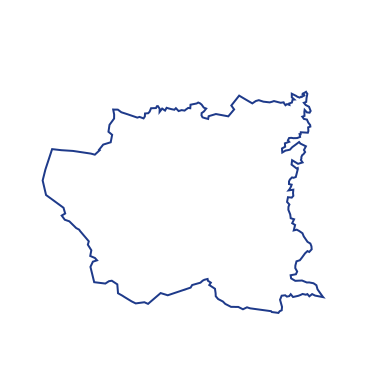 the district of Agloi Vavatsinias, Larnaca, Cyprus, rotated 281°
{"feature_id": "46923920B2556379432135", "entity_name": "Agloi Vavatsinias", "entity_type": "district", "adm_level": 2, "iso_a3": "CYP", "parent_name": "Cyprus", "parent_adm1": "Larnaca", "projection": "equal_earth", "projection_center": [33.198, 34.889], "detail": "fine", "context": "isolated", "style": "outline", "palette": "blue", "viewbox_px": 384, "rotation_deg": 281, "n_neighbors": 0, "source": "geoboundaries", "source_scale": "gbopen_adm2", "svg_char_len": 3599}
<svg xmlns="http://www.w3.org/2000/svg" viewBox="0 0 384 384"><g transform="rotate(281 192 192)"><path d="M150.6,69.6L146.7,71.6L144.0,68.6L140.5,72.4L139.8,77.2L134.5,85.2L133.5,88.4L132.4,89.5L123.9,100.1L120.4,99.8L118.7,101.4L115.6,104.3L109.8,104.3L108.7,109.3L106.8,111.8L104.7,108.0L99.1,106.6L84.8,113.2L85.6,124.4L88.6,127.5L89.6,130.2L87.1,136.3L78.5,138.7L77.0,143.3L76.0,145.8L73.1,153.6L71.9,158.0L74.7,166.3L73.8,170.2L86.8,180.5L86.0,187.9L97.9,208.9L100.7,209.9L104.6,217.6L107.0,219.4L108.2,220.9L109.6,223.9L107.9,224.6L106.6,227.8L104.0,226.7L101.4,233.0L97.1,234.5L94.2,235.2L91.9,238.1L90.4,243.2L88.5,246.0L86.7,252.2L88.0,259.4L86.6,264.4L89.3,268.0L88.9,271.2L90.1,292.3L89.4,293.2L89.8,299.9L91.7,300.8L93.0,302.6L96.4,302.3L103.0,299.0L107.3,299.8L108.4,303.2L107.4,305.1L108.4,307.4L110.5,308.4L108.2,311.2L110.4,316.2L111.6,318.1L113.0,320.0L112.9,323.4L113.8,324.7L112.0,327.1L114.7,329.4L113.8,332.6L113.8,340.8L114.2,340.3L120.4,333.8L124.2,331.9L125.6,328.7L125.6,324.3L125.1,321.9L126.1,316.9L124.5,310.3L126.1,305.8L129.1,304.7L131.1,309.7L134.0,310.4L137.0,307.9L139.5,307.5L143.9,307.8L145.6,310.9L148.3,312.3L153.4,314.7L156.0,316.6L155.5,318.5L158.6,320.4L161.5,319.6L164.0,318.0L165.1,314.9L169.7,310.2L172.6,308.3L174.2,304.6L175.0,302.0L173.7,299.2L179.3,299.5L180.5,296.3L184.7,297.4L185.1,293.9L188.7,292.7L192.9,290.0L195.9,289.5L198.3,290.0L200.4,287.2L205.2,287.2L205.5,291.0L207.6,292.2L210.1,291.4L213.6,291.0L212.0,286.5L213.6,287.3L216.4,288.2L218.2,288.4L218.3,285.7L220.9,285.2L222.9,285.7L225.4,287.4L225.3,288.9L226.5,291.0L229.5,291.2L234.9,291.5L235.7,291.2L235.0,290.3L237.9,284.5L242.3,284.2L239.9,290.7L242.1,294.9L244.2,292.8L245.6,293.0L247.2,292.7L249.1,293.1L250.4,294.2L252.8,295.4L254.6,293.9L258.6,295.1L260.2,289.2L261.5,287.6L257.6,284.1L255.1,281.8L253.8,281.0L252.3,280.1L251.5,278.4L250.5,275.9L248.0,273.1L251.9,272.0L254.2,274.8L257.5,273.9L259.8,277.8L261.0,276.3L263.5,277.0L264.1,279.0L264.2,281.4L265.0,284.9L266.7,287.6L269.3,286.6L269.4,287.6L271.4,287.4L272.3,294.4L274.1,294.6L277.6,293.7L278.8,295.7L280.3,295.2L282.3,292.9L285.0,291.0L285.1,287.9L287.0,285.9L288.2,287.9L292.1,287.0L294.1,286.9L292.1,289.6L292.3,292.3L294.2,293.0L298.0,290.6L299.1,287.0L300.9,284.8L302.2,286.9L306.2,286.5L310.4,286.5L311.4,285.4L312.1,284.8L310.8,283.4L309.7,281.9L309.1,281.9L309.3,282.8L308.7,283.6L308.2,283.9L307.0,282.3L306.2,281.6L306.4,281.0L305.2,279.6L305.6,277.2L306.2,275.9L307.5,271.2L304.0,271.9L302.3,274.8L301.8,273.1L298.9,273.0L297.4,270.5L296.1,271.0L296.4,268.5L295.0,267.2L296.7,265.4L297.5,264.8L296.5,262.0L296.9,255.1L295.9,253.4L294.8,251.2L294.3,244.9L294.8,240.7L294.9,240.1L293.5,237.3L290.5,234.3L293.3,226.3L295.6,219.9L284.4,214.1L281.1,217.6L273.2,213.2L273.1,200.6L269.6,193.9L266.8,193.9L267.0,190.5L267.3,188.1L269.0,186.7L271.3,186.4L273.3,188.3L276.6,190.0L277.1,187.4L279.6,184.8L280.6,182.9L281.0,181.0L279.8,179.7L278.4,176.3L277.4,173.9L273.9,174.3L273.8,172.2L271.6,170.1L270.5,169.2L270.4,166.2L268.9,163.4L271.2,160.2L269.4,159.0L269.4,156.2L269.6,152.9L269.8,151.0L266.8,150.0L268.2,146.8L264.4,144.9L267.5,144.4L269.8,142.1L269.5,141.2L267.5,140.6L266.4,135.8L262.8,135.1L261.0,134.0L260.1,130.9L257.1,131.3L255.0,130.4L255.7,126.2L254.6,124.1L256.0,114.0L256.8,107.4L258.7,103.5L257.9,98.9L253.2,100.8L249.2,101.5L242.2,98.2L235.2,98.5L232.9,102.7L225.3,102.7L221.6,95.8L215.7,92.7L215.4,93.4L210.1,89.5L210.4,85.4L209.6,67.3L208.1,55.6L207.4,46.5L186.1,43.8L174.8,43.2L161.2,49.3L152.0,68.9L150.6,69.6L150.6,69.8L150.6,69.6Z" fill="none" stroke="#1e3a8a" stroke-width="2"/></g></svg>